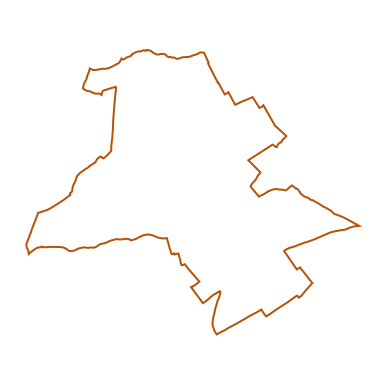 the district of Feresti, Vaslui, Romania, rotated 89°
{"feature_id": "2599482B73897290274237", "entity_name": "Feresti", "entity_type": "district", "adm_level": 2, "iso_a3": "ROU", "parent_name": "Romania", "parent_adm1": "Vaslui", "projection": "orthographic", "projection_center": [27.708, 46.79], "detail": "fine", "context": "isolated", "style": "outline", "palette": "amber", "viewbox_px": 384, "rotation_deg": 89, "n_neighbors": 0, "source": "geoboundaries", "source_scale": "gbopen_adm2", "svg_char_len": 5935}
<svg xmlns="http://www.w3.org/2000/svg" viewBox="0 0 384 384"><g transform="rotate(89 192 192)"><path d="M317.7,120.0L316.9,118.6L314.9,115.5L311.5,110.5L306.3,102.2L304.1,98.6L301.0,94.1L299.1,91.4L298.3,90.3L297.5,88.6L298.3,87.9L299.5,86.9L297.6,84.3L292.2,79.8L289.8,77.6L288.4,76.3L285.1,73.3L285.0,73.5L283.1,74.8L280.5,76.9L276.2,80.1L269.3,85.3L271.2,88.6L252.6,100.9L251.3,99.2L249.6,95.6L248.4,90.9L246.2,84.9L244.7,80.7L243.7,77.0L242.0,72.0L240.6,68.3L234.8,54.2L234.2,51.9L233.8,49.8L233.2,46.3L232.8,44.0L232.7,42.9L232.7,41.5L232.0,38.5L230.3,34.6L229.6,32.4L228.9,27.0L228.8,25.5L220.3,40.4L217.3,47.3L216.5,50.1L213.1,53.4L212.5,54.5L211.3,56.5L210.5,57.6L209.3,60.2L208.0,62.3L206.1,65.0L204.7,67.3L204.2,68.3L202.4,71.3L202.1,72.2L201.8,73.5L201.5,74.2L200.8,74.7L200.3,75.2L199.7,75.9L199.6,76.2L199.5,77.0L199.5,77.7L199.0,78.4L198.1,80.3L197.0,81.5L196.4,82.4L196.0,82.9L192.5,85.2L191.4,86.0L190.4,87.2L190.6,87.8L190.2,88.1L187.2,91.9L188.8,94.4L191.1,96.7L191.8,97.8L192.0,99.0L191.3,100.7L191.2,103.2L190.5,107.9L190.7,110.3L192.5,115.5L195.4,120.1L197.7,125.2L187.8,133.2L187.0,133.0L185.7,132.5L184.6,131.7L182.9,130.0L181.4,128.6L179.9,127.6L178.2,126.6L176.8,125.9L174.6,123.9L173.5,123.3L161.2,135.1L146.0,110.6L146.7,109.5L148.5,107.4L148.5,106.4L146.1,105.4L144.7,103.9L144.5,103.5L144.0,102.8L144.0,102.1L143.6,101.7L142.6,101.4L141.7,100.7L141.0,100.2L140.0,99.1L139.7,98.4L137.7,96.7L134.0,100.6L132.5,102.1L127.2,107.8L106.5,119.1L106.9,119.6L107.7,120.3L108.4,121.2L108.9,122.5L109.0,123.2L108.6,123.4L98.2,129.7L100.8,136.1L101.4,137.9L102.9,141.6L103.9,143.6L105.6,147.3L92.8,153.9L93.9,155.3L95.0,157.6L83.2,163.7L83.4,164.1L76.0,167.8L63.8,173.7L63.2,173.1L53.1,177.4L52.6,179.8L52.6,181.1L52.8,181.7L53.2,182.7L53.9,183.7L54.3,184.5L54.7,185.6L54.9,186.7L55.0,187.6L55.3,188.4L55.8,189.5L56.4,191.2L56.7,191.9L56.9,193.2L57.0,195.5L57.0,196.7L57.3,199.9L58.1,202.1L58.4,203.2L58.7,204.3L58.6,204.9L58.3,205.6L57.7,206.4L57.3,207.2L57.2,208.2L57.3,209.1L57.2,209.6L57.0,210.2L56.8,210.6L56.5,211.7L56.7,212.4L56.6,213.1L56.1,214.3L55.4,215.0L54.1,216.2L53.8,216.6L53.5,217.3L53.4,217.9L53.4,219.2L53.4,220.3L53.5,221.1L53.9,222.5L54.0,223.3L53.9,224.2L53.8,225.1L53.6,225.9L52.9,226.8L52.1,228.1L52.0,228.7L51.8,229.1L51.3,229.3L50.9,229.6L50.4,230.2L50.2,231.0L49.5,232.7L49.2,234.6L49.4,234.7L49.5,235.0L49.6,235.4L49.6,235.8L50.0,236.0L49.9,236.4L49.6,237.1L49.5,238.1L49.7,239.0L50.5,240.8L50.6,241.3L50.5,242.0L50.5,243.1L50.7,243.9L50.9,244.5L51.2,245.6L51.5,246.4L52.1,247.5L52.7,248.3L53.1,249.5L53.3,249.8L53.6,249.8L54.1,250.0L54.8,250.6L55.4,252.0L56.3,254.9L57.1,256.2L57.8,257.1L58.2,258.2L58.3,259.4L57.9,259.6L57.3,260.0L57.6,260.4L58.0,260.7L59.7,261.4L60.9,262.2L62.0,263.3L65.9,271.1L66.9,273.7L67.3,276.8L67.2,279.2L67.5,281.4L68.0,284.2L68.4,286.8L68.2,289.1L66.8,292.1L67.9,292.3L69.6,292.7L73.3,294.4L75.9,295.2L77.8,295.8L79.5,296.9L80.7,297.5L81.3,297.6L81.7,297.9L83.4,298.6L84.8,298.8L85.8,299.2L86.3,299.1L86.5,298.8L86.9,298.9L88.3,296.8L89.1,295.1L89.3,294.0L89.4,293.1L89.6,292.3L89.8,291.5L90.0,291.0L90.8,290.0L91.5,288.1L91.8,287.3L92.0,286.6L92.1,286.1L91.9,283.9L92.0,282.8L92.5,281.7L93.0,281.3L93.4,280.7L91.9,280.4L90.2,279.8L89.2,279.1L88.4,276.8L85.5,266.6L86.3,266.1L91.2,266.7L99.1,267.6L102.0,268.0L104.1,268.2L106.6,268.3L112.8,269.0L119.1,269.5L127.4,270.0L135.9,270.7L137.8,271.0L144.5,271.9L146.4,272.0L149.2,272.0L149.7,272.2L151.4,273.8L154.8,277.2L156.1,278.9L156.6,279.5L156.8,280.1L156.7,280.7L155.5,281.6L155.1,282.2L155.0,282.7L155.5,283.9L156.5,285.3L157.3,286.1L158.8,287.1L160.7,288.2L161.5,289.4L163.7,293.1L164.7,294.4L165.5,295.2L166.9,297.7L169.6,301.5L170.4,303.0L173.6,306.2L174.3,306.8L175.8,307.4L177.6,307.9L179.0,308.3L179.8,308.7L181.7,309.9L184.4,311.1L188.7,311.8L189.6,312.1L190.4,312.9L191.2,314.1L191.9,314.2L192.8,313.7L193.8,315.3L195.5,317.5L198.3,321.4L200.4,324.9L200.9,325.5L201.9,327.2L205.0,332.4L206.5,335.1L207.6,337.6L209.0,342.1L210.2,346.3L212.3,347.0L226.8,352.9L229.2,353.6L229.9,354.0L240.7,358.3L241.6,358.5L243.0,358.5L245.3,358.1L246.6,357.2L247.8,356.7L251.1,356.3L250.1,355.2L249.1,354.0L247.8,352.0L246.8,350.7L245.7,349.0L245.3,348.2L244.9,346.9L244.6,344.9L244.1,343.4L243.9,343.2L244.6,341.9L244.7,340.7L244.6,337.0L244.4,333.7L244.6,328.2L244.7,325.2L244.9,323.5L245.2,321.9L245.8,320.2L246.4,319.2L246.7,318.8L248.1,316.8L249.0,315.3L249.0,314.8L248.7,311.7L248.6,310.9L247.6,308.8L246.6,306.7L246.3,305.6L245.9,303.7L245.5,301.1L245.6,300.0L245.7,298.8L245.9,297.9L246.0,297.1L246.0,296.5L245.8,295.5L245.7,294.5L245.9,292.4L245.9,291.4L245.8,290.6L245.7,290.1L245.5,289.5L245.1,288.6L243.4,286.2L242.8,285.0L242.4,284.1L242.1,282.6L241.8,280.9L241.5,279.9L240.8,277.8L239.5,275.0L239.1,273.8L238.4,271.0L238.0,269.3L237.9,268.3L237.9,267.0L238.2,265.1L238.1,262.1L237.8,261.2L237.7,260.8L237.7,257.3L237.9,256.2L239.1,254.1L239.1,253.5L239.1,253.0L237.8,248.5L236.6,246.3L234.3,241.1L234.0,239.1L233.7,236.5L233.8,235.4L234.2,233.9L234.9,231.4L235.7,229.6L236.6,227.7L237.1,226.2L237.5,224.8L238.0,221.3L238.0,220.3L237.8,219.1L237.7,217.9L248.0,215.3L251.5,214.2L253.8,213.4L253.1,210.8L254.2,210.4L253.7,208.7L253.2,206.7L260.0,204.9L260.5,204.9L263.0,204.4L263.5,204.3L265.0,203.7L264.8,202.7L264.4,201.3L264.1,200.5L269.7,196.3L281.7,186.2L283.8,188.8L285.1,190.7L285.8,191.8L286.8,193.8L287.0,194.6L303.4,183.0L301.0,179.5L298.5,176.3L297.0,174.8L295.6,172.8L295.1,172.3L294.6,171.3L294.3,170.7L291.7,166.1L292.1,165.6L292.5,165.4L292.8,165.4L293.7,165.6L296.1,166.2L298.1,166.8L299.5,167.4L300.4,168.0L306.2,169.8L307.8,170.4L309.7,170.9L313.8,171.8L316.9,172.7L319.4,173.2L321.7,173.6L324.8,173.8L326.2,173.6L328.3,172.9L331.3,172.0L332.6,171.2L334.8,169.7L333.5,167.3L330.5,161.2L329.5,159.6L328.0,156.9L326.7,154.4L324.9,150.7L318.2,138.6L317.1,136.8L314.1,130.7L312.6,127.8L310.7,124.8L315.6,121.7L317.1,120.4L317.7,120.0Z" fill="none" stroke="#b45309" stroke-width="2"/></g></svg>